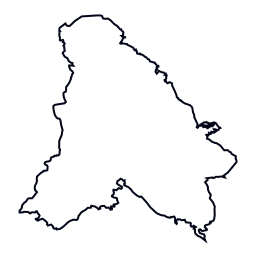 the district of Podeni, Mehedinti, Romania
{"feature_id": "2599482B44594085370123", "entity_name": "Podeni", "entity_type": "district", "adm_level": 2, "iso_a3": "ROU", "parent_name": "Romania", "parent_adm1": "Mehedinti", "projection": "equal_earth", "projection_center": [22.541, 44.895], "detail": "fine", "context": "isolated", "style": "outline", "palette": "ink", "viewbox_px": 256, "rotation_deg": 0, "n_neighbors": 0, "source": "geoboundaries", "source_scale": "gbopen_adm2", "svg_char_len": 5816}
<svg xmlns="http://www.w3.org/2000/svg" viewBox="0 0 256 256"><path d="M102.1,16.0L100.6,15.5L97.7,15.4L81.8,16.4L74.9,21.0L69.8,25.9L68.1,26.0L66.6,25.4L65.4,23.5L59.6,27.9L59.2,30.0L60.0,31.1L59.4,31.2L59.5,33.3L59.2,34.8L59.9,37.6L59.9,40.2L60.1,40.5L63.0,40.0L63.5,41.3L62.9,42.1L64.3,43.0L64.7,43.8L63.4,45.7L63.5,46.0L64.2,46.5L64.3,48.7L64.8,50.8L63.4,51.9L62.7,53.2L64.8,56.8L67.2,58.0L68.9,61.3L71.0,62.7L72.5,63.1L72.3,64.5L73.3,65.7L69.2,65.4L69.1,66.5L70.3,69.6L72.5,71.5L73.2,73.0L72.3,74.0L71.5,76.8L70.9,77.4L70.9,78.9L69.4,82.4L68.0,84.7L66.1,87.1L66.2,88.0L65.9,91.5L64.2,92.3L63.4,93.3L63.7,96.4L64.4,98.9L65.9,101.9L64.5,103.3L55.1,104.8L53.8,105.6L53.3,106.4L53.6,109.9L54.6,114.1L55.5,116.2L57.4,118.4L59.5,118.7L60.4,120.2L61.2,125.1L62.6,130.2L61.9,133.0L61.9,134.5L59.3,140.8L59.2,142.0L59.2,148.2L60.1,149.8L59.6,151.5L59.5,154.2L58.4,155.4L56.8,155.2L56.4,155.8L55.0,155.8L54.6,156.2L54.3,155.9L52.9,157.0L51.7,157.2L51.1,157.6L50.5,160.3L49.4,161.2L45.6,161.9L44.8,162.8L44.6,163.6L45.2,164.5L47.2,165.5L47.6,166.5L47.4,170.0L46.7,170.5L43.5,170.9L42.8,171.9L41.3,172.6L37.1,176.4L36.7,179.2L37.0,180.5L36.4,183.1L35.0,185.7L34.7,188.1L35.1,190.1L37.0,192.1L32.3,198.2L28.6,198.4L27.8,198.8L25.9,201.6L24.4,202.6L22.5,204.8L21.9,206.2L22.1,206.9L21.3,208.9L19.5,210.6L19.6,212.5L23.2,212.3L24.0,211.8L28.3,212.0L29.9,213.4L30.6,213.3L31.6,212.3L35.0,212.4L36.0,212.1L36.1,211.3L36.9,211.3L37.7,213.0L39.6,215.5L39.1,216.9L37.7,218.6L35.8,218.8L35.7,219.3L37.9,220.7L39.2,219.9L42.6,218.7L46.3,221.6L47.3,223.1L47.0,224.4L47.8,225.5L51.2,224.6L53.3,226.8L53.1,227.6L53.9,228.5L54.9,228.8L56.3,228.3L56.7,229.4L59.9,229.0L63.4,226.6L68.3,222.0L70.8,220.6L73.7,219.6L76.2,220.0L77.0,219.8L78.0,218.4L78.6,215.9L81.6,212.1L85.4,209.9L87.7,207.9L90.8,207.7L91.3,205.8L95.0,206.5L97.5,208.1L98.5,209.3L100.2,208.6L99.8,207.7L100.2,206.9L101.0,206.3L102.9,205.9L104.4,206.0L106.3,207.9L108.3,207.5L109.7,208.5L110.5,209.7L112.0,209.3L112.0,208.7L110.9,207.4L111.0,206.4L114.3,206.7L114.6,206.2L113.5,205.3L113.6,204.6L117.3,203.7L118.3,202.9L117.0,199.9L117.1,198.6L116.6,198.0L114.2,197.6L112.0,196.5L111.9,195.8L113.5,194.4L113.7,193.9L113.9,192.2L113.3,190.7L113.5,189.7L116.4,190.2L118.7,188.1L121.1,188.8L121.8,188.3L122.1,186.9L117.8,184.4L116.9,183.3L117.6,180.9L118.7,180.4L120.5,178.7L122.1,179.4L123.3,180.7L124.6,180.3L124.8,183.7L124.2,183.9L124.2,185.2L128.5,187.2L131.4,189.9L132.4,191.6L136.5,195.2L139.6,197.0L140.9,196.5L141.8,197.0L147.0,202.9L150.3,207.3L156.7,213.2L161.2,215.2L164.3,215.6L167.3,217.2L169.7,217.7L170.8,217.0L171.0,217.4L174.1,216.5L174.6,217.0L175.1,218.6L175.1,222.6L176.6,223.9L176.9,223.4L176.6,222.2L175.9,221.2L176.8,219.9L177.9,219.2L178.5,219.6L179.3,219.2L181.8,220.2L184.8,219.8L185.9,222.3L190.2,222.8L190.9,223.4L190.6,225.4L191.1,226.4L192.1,226.8L193.7,225.7L195.8,227.0L193.9,228.1L193.7,228.7L194.5,228.8L195.1,230.2L194.8,231.1L195.4,233.6L198.2,236.1L200.5,236.9L205.3,240.6L204.3,238.1L204.8,236.0L204.1,234.5L199.9,233.1L198.8,231.0L198.8,230.2L199.2,229.5L200.2,229.3L201.6,230.7L202.3,231.0L206.7,230.1L207.0,229.4L204.9,227.2L204.9,225.9L205.6,225.2L208.4,224.5L210.4,223.4L210.7,222.9L209.9,222.1L210.2,221.7L212.9,221.1L213.5,220.4L214.2,219.0L214.7,215.2L214.5,208.9L214.8,206.8L213.0,202.3L209.8,198.4L210.8,194.9L208.8,191.8L207.9,189.0L207.9,186.8L207.4,186.3L207.4,185.5L205.1,182.1L207.6,180.0L207.7,178.6L206.9,178.2L207.3,178.1L212.7,177.5L213.0,178.0L214.4,177.8L215.8,176.8L218.5,176.9L222.7,176.3L223.0,177.0L224.5,177.4L224.0,176.8L224.5,176.3L224.2,175.2L227.8,172.6L236.5,162.1L236.4,160.1L235.6,158.5L235.9,156.3L231.8,154.0L230.7,152.2L229.2,151.6L227.6,150.1L224.2,150.3L220.4,145.6L216.7,143.2L215.1,143.0L211.8,141.6L209.4,139.6L207.0,138.6L207.5,136.7L206.5,135.3L207.6,135.2L207.3,134.8L208.6,134.8L209.5,134.2L208.9,133.6L208.9,132.9L210.9,133.9L211.6,133.1L210.8,132.5L211.3,131.7L213.2,132.4L213.8,131.6L213.6,131.2L214.3,131.7L214.5,132.4L215.4,131.7L214.7,131.6L214.8,130.8L213.8,129.3L214.9,129.2L216.8,129.8L216.4,130.2L217.0,130.6L218.6,129.7L219.4,128.1L220.4,128.0L220.3,127.7L219.2,127.6L216.4,124.1L216.3,123.5L215.3,123.0L213.6,124.0L213.8,124.9L212.3,125.6L212.4,126.3L210.6,126.2L209.0,127.3L208.1,126.9L207.7,127.2L208.0,127.6L207.7,128.2L204.5,126.4L203.7,127.2L203.3,127.0L204.1,125.8L203.8,125.6L203.0,126.0L202.3,125.5L200.5,125.8L200.4,125.1L202.1,125.3L203.2,124.9L204.7,125.5L207.4,125.8L208.2,125.5L208.3,124.9L211.5,125.2L214.6,123.1L214.5,122.5L213.9,122.4L211.3,123.3L209.1,123.3L207.7,122.6L207.1,122.8L206.4,122.0L205.0,122.6L204.2,122.3L200.0,124.9L197.5,127.8L196.7,127.2L197.6,125.1L197.5,124.2L194.2,116.9L194.2,114.9L193.0,112.3L192.4,108.2L191.8,106.9L190.0,105.2L184.5,103.3L180.6,100.6L180.8,100.4L179.9,99.8L178.7,99.4L178.0,98.3L178.1,98.0L176.8,97.2L176.6,95.6L175.0,91.6L172.2,85.6L171.9,83.2L169.5,82.2L167.7,83.2L166.3,82.3L166.1,81.2L164.9,81.2L164.5,80.1L165.8,79.2L166.3,78.1L166.0,75.9L166.7,75.6L165.8,73.7L164.8,74.3L165.0,73.6L163.7,72.5L161.8,72.3L158.6,70.8L158.4,71.8L156.7,73.6L155.5,71.5L155.9,70.8L155.9,70.0L156.7,69.1L157.1,69.3L156.5,67.6L156.7,66.9L157.5,67.2L158.5,66.6L158.3,65.9L157.5,66.2L156.9,65.7L156.2,64.4L154.8,63.3L154.8,62.7L150.0,61.4L149.0,59.4L148.0,59.2L145.7,56.9L144.8,56.8L143.7,55.6L142.2,54.7L140.5,54.4L140.4,53.9L139.9,54.2L139.2,53.6L138.6,53.9L137.1,53.5L136.8,51.1L136.2,50.4L135.3,50.6L135.0,50.1L135.3,49.6L134.2,49.7L133.1,47.6L127.0,44.5L127.0,44.1L121.9,43.3L121.2,43.8L120.2,43.4L120.5,42.7L121.1,43.0L121.4,42.4L121.0,42.2L121.0,41.8L121.8,41.1L123.0,38.5L124.0,37.6L126.0,37.2L123.1,37.1L121.6,35.9L123.0,35.6L123.3,35.0L123.0,34.2L123.4,32.6L123.2,31.9L121.2,30.1L121.1,29.3L120.0,29.2L117.4,26.2L113.8,23.7L110.8,20.5L108.1,18.6L104.7,18.8L103.0,18.4L102.1,16.0Z" fill="none" stroke="#020617" stroke-width="2"/></svg>